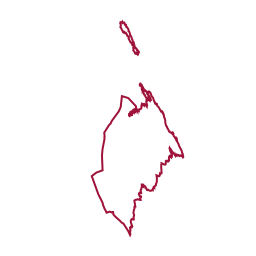 Agdenes nor, Sør-Trøndelag, Norway, rotated 76°
{"feature_id": "86288312B44051007085093", "entity_name": "Agdenes nor", "entity_type": "district", "adm_level": 2, "iso_a3": "NOR", "parent_name": "Norway", "parent_adm1": "Sør-Trøndelag", "projection": "equal_earth", "projection_center": [9.612, 63.516], "detail": "fine", "context": "isolated", "style": "outline", "palette": "rose", "viewbox_px": 256, "rotation_deg": 76, "n_neighbors": 0, "source": "geoboundaries", "source_scale": "gbopen_adm2", "svg_char_len": 5851}
<svg xmlns="http://www.w3.org/2000/svg" viewBox="0 0 256 256"><g transform="rotate(76 128 128)"><path d="M232.4,151.9L231.9,151.5L230.7,151.3L229.2,151.4L228.9,151.2L229.1,151.0L227.7,150.3L225.1,150.2L224.6,149.3L225.0,149.2L225.4,148.5L224.5,147.6L220.6,148.1L218.8,147.8L218.3,147.1L217.8,147.0L217.3,146.6L217.4,146.0L218.2,144.5L218.1,144.4L216.1,144.3L213.9,143.1L211.8,143.3L209.1,142.2L207.7,141.2L206.0,140.8L206.1,139.9L200.0,139.4L199.7,138.9L199.5,137.6L199.7,136.9L199.4,135.9L200.8,133.7L200.8,133.2L200.4,133.4L199.2,133.3L198.8,132.3L199.1,132.2L198.2,132.2L197.7,131.9L197.4,132.0L197.1,132.6L197.3,132.8L197.0,133.1L196.0,133.4L194.4,133.3L193.6,132.5L193.7,132.1L194.2,131.8L194.0,131.5L194.1,131.0L194.6,131.1L194.7,131.3L194.6,131.0L193.8,130.8L192.7,131.0L191.3,130.7L190.2,129.7L188.0,128.8L187.8,128.6L188.3,128.0L187.1,128.4L186.6,127.8L186.5,128.3L186.2,128.3L186.3,127.6L187.4,127.1L187.3,126.9L187.9,126.2L188.9,125.4L192.7,124.6L192.9,124.3L192.6,123.7L192.7,123.4L193.8,122.5L194.3,121.7L194.4,120.5L194.1,119.8L194.5,119.0L192.9,118.6L192.5,118.1L192.6,117.7L191.2,117.2L191.2,116.8L191.5,116.7L191.1,116.6L190.5,115.0L190.0,114.6L189.4,114.6L187.1,113.0L183.6,112.1L180.8,111.8L181.8,110.7L181.6,110.5L182.3,109.4L182.0,108.9L180.4,108.1L180.7,108.0L180.7,107.9L180.2,107.9L180.3,107.6L180.0,107.3L179.7,106.2L178.4,106.2L177.9,105.9L174.2,105.3L171.3,104.5L171.0,104.3L171.0,103.8L170.4,103.8L171.2,102.7L172.1,102.0L172.5,100.5L171.5,99.9L169.2,99.3L169.0,98.2L170.3,97.4L170.3,97.1L170.0,96.5L169.2,95.9L167.7,95.7L165.9,95.1L165.3,94.5L166.8,93.4L165.5,93.1L166.2,92.3L164.7,91.8L159.8,92.7L159.0,92.3L158.0,92.7L157.6,92.5L159.0,92.2L158.0,92.4L157.7,92.2L158.3,91.9L160.8,91.1L166.2,88.8L165.7,88.6L166.3,88.5L166.3,88.3L166.2,88.5L165.8,88.4L166.3,88.2L166.7,87.6L165.5,87.4L165.4,87.1L166.2,86.4L166.4,85.6L167.8,84.9L167.8,84.6L167.3,84.1L167.6,83.6L167.3,83.2L167.5,82.8L169.8,81.8L169.5,81.4L167.5,81.2L165.5,81.3L165.1,81.6L163.3,81.4L157.6,82.8L156.2,82.8L152.9,83.6L152.0,83.5L152.4,83.8L151.1,84.2L149.3,84.3L149.0,83.8L148.3,83.8L148.5,83.9L147.9,83.9L149.1,84.3L149.2,84.6L146.6,85.6L145.4,85.7L144.5,85.3L143.1,85.6L143.0,85.8L143.4,86.0L144.9,86.0L142.8,87.5L142.5,88.1L141.4,88.5L141.4,88.9L138.3,89.5L137.1,90.0L135.9,90.1L136.7,89.9L136.4,89.8L134.9,90.5L131.7,90.5L129.4,90.0L127.0,90.1L126.2,90.4L124.7,90.1L124.4,90.3L122.8,90.1L122.5,90.3L122.7,90.5L122.0,90.7L121.8,90.4L122.3,90.3L121.7,90.4L121.7,90.6L120.1,90.9L120.3,91.7L120.0,91.9L120.5,91.6L120.9,91.6L120.0,91.9L120.4,92.1L119.3,91.9L118.4,92.4L115.8,93.0L113.1,94.4L112.3,94.2L112.3,94.4L111.6,94.3L111.5,94.5L112.0,94.7L111.2,95.2L111.5,95.2L111.4,95.4L111.0,95.6L110.4,95.3L110.0,95.6L110.8,95.6L110.7,95.8L109.6,95.9L109.7,95.7L109.3,95.7L108.5,96.1L104.8,96.4L103.4,97.1L101.4,97.6L99.5,97.6L98.4,98.2L98.7,98.5L98.2,99.1L96.8,99.4L98.2,99.7L98.0,100.1L100.4,100.3L104.5,99.1L106.1,99.0L105.9,99.4L106.2,99.6L105.9,100.2L106.9,100.4L106.4,100.9L105.3,101.6L104.0,100.9L102.6,100.8L102.4,100.4L101.8,100.3L100.5,100.3L100.2,100.8L98.3,100.6L100.2,100.9L96.7,101.5L95.8,102.1L96.2,102.3L95.9,102.9L91.5,103.8L91.0,104.2L89.4,104.3L89.1,104.8L87.1,105.3L88.9,105.6L89.0,105.9L88.2,106.1L89.2,106.2L89.9,106.1L90.0,105.5L90.4,105.3L90.4,104.9L90.7,104.7L92.5,104.7L92.1,104.5L92.5,104.4L92.8,104.5L92.8,105.1L94.5,105.3L95.1,104.9L95.8,105.0L95.6,104.8L95.8,104.6L96.3,104.7L96.7,104.5L96.3,104.7L96.0,104.6L96.3,104.3L99.1,104.4L99.1,104.1L100.3,103.6L101.8,103.5L103.5,102.8L105.2,102.7L106.0,102.8L106.3,103.1L105.5,103.4L107.1,104.0L109.9,103.9L109.7,104.8L111.2,104.4L111.8,104.6L109.5,105.7L108.5,106.4L108.5,106.9L109.6,107.1L108.9,107.5L109.3,107.8L107.9,108.6L109.0,109.3L110.0,109.5L110.1,109.8L111.3,109.9L112.4,110.6L112.3,111.2L112.8,111.9L112.6,112.6L113.1,113.2L113.6,113.3L112.8,113.8L112.8,114.1L114.1,114.6L113.5,114.7L113.7,114.9L113.4,115.0L113.5,115.2L113.1,115.7L113.3,115.8L113.1,116.0L113.9,116.5L113.7,116.9L114.4,117.0L113.6,118.1L114.7,118.5L114.2,118.9L114.2,120.1L115.6,120.6L115.0,121.2L116.4,121.2L116.4,121.5L116.0,121.7L116.0,122.5L116.9,123.5L116.3,124.0L114.6,123.6L114.5,123.0L113.5,122.1L113.5,121.6L112.9,121.5L113.1,120.2L112.2,119.5L111.4,117.9L111.5,117.4L111.1,116.2L111.5,115.8L111.3,115.2L108.6,115.1L99.0,120.5L95.6,126.2L105.9,130.0L109.7,133.0L117.3,142.1L119.5,143.8L120.4,145.5L126.8,152.2L130.6,152.7L131.2,153.2L132.8,153.4L142.3,157.8L148.4,159.9L162.9,162.9L163.6,169.5L165.9,174.8L185.3,172.8L194.0,170.8L196.9,170.8L200.6,170.3L204.3,169.3L204.9,169.4L205.1,169.1L204.7,168.0L204.9,167.0L204.7,166.0L206.0,164.2L205.7,163.7L205.9,162.8L208.3,163.1L210.7,161.9L216.3,158.1L217.7,157.4L219.0,156.4L219.5,155.6L228.1,152.7L232.4,151.9ZM48.9,101.8L47.6,101.8L47.9,102.1L46.1,102.0L45.8,102.2L46.1,102.3L46.0,102.5L44.1,102.3L42.0,102.7L40.0,102.7L38.6,103.6L37.9,103.3L35.7,103.4L34.6,103.6L34.1,104.1L33.0,103.7L31.8,103.9L29.6,104.7L29.6,105.1L27.9,105.0L28.0,105.3L27.4,105.4L27.5,105.7L27.1,106.0L23.9,106.1L24.7,106.3L24.8,106.8L24.5,107.3L24.7,107.6L24.2,107.7L24.4,107.8L23.7,108.3L24.2,109.0L23.6,109.7L24.4,110.2L25.4,110.0L27.1,110.3L28.4,111.0L29.3,110.5L32.2,110.0L31.9,110.0L32.7,109.7L33.7,109.7L34.3,109.2L34.0,108.8L33.9,109.0L33.5,109.0L33.5,108.6L35.2,107.9L35.0,107.6L35.5,107.3L35.4,107.0L36.8,106.5L38.6,106.4L39.2,105.8L39.2,105.5L39.8,105.3L40.4,105.2L41.2,105.8L42.2,105.6L45.5,104.8L45.5,104.6L46.5,104.0L47.8,103.8L47.7,103.6L48.2,103.3L49.0,103.5L49.2,103.2L49.1,102.8L50.9,102.8L48.9,102.7L48.5,102.1L48.9,101.8ZM57.5,99.5L57.0,99.0L56.6,99.1L53.7,100.4L53.9,100.6L53.0,100.7L53.0,100.9L51.8,101.4L52.0,101.9L51.9,102.6L50.9,102.8L51.3,103.5L52.8,103.5L53.7,104.1L54.5,103.9L55.4,103.3L57.4,103.1L57.9,102.5L57.1,102.1L57.2,101.7L59.2,100.7L58.4,100.0L57.1,100.4L56.6,100.3L56.6,100.0L57.5,99.5Z" fill="none" stroke="#9f1239" stroke-width="2"/></g></svg>